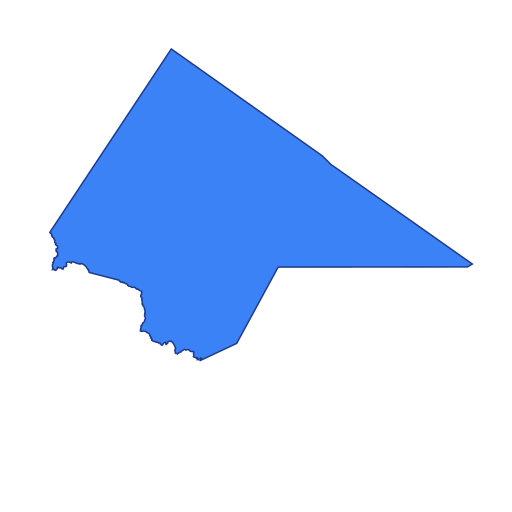 Lago Buenos Aires, Santa Cruz, Argentina, rotated 303°
{"feature_id": "61730980B62951780268980", "entity_name": "Lago Buenos Aires", "entity_type": "district", "adm_level": 2, "iso_a3": "ARG", "parent_name": "Argentina", "parent_adm1": "Santa Cruz", "projection": "albers", "projection_center": [-71.373, -47.161], "detail": "fine", "context": "isolated", "style": "filled", "palette": "blue", "viewbox_px": 512, "rotation_deg": 303, "n_neighbors": 0, "source": "geoboundaries", "source_scale": "gbopen_adm2", "svg_char_len": 5834}
<svg xmlns="http://www.w3.org/2000/svg" viewBox="0 0 512 512"><g transform="rotate(303 256 256)"><path d="M163.5,70.2L163.3,70.4L163.2,70.7L163.2,70.9L163.2,71.4L163.4,71.8L163.4,72.0L163.1,72.4L163.0,72.6L162.9,72.9L162.6,73.0L162.4,73.0L162.2,73.2L162.0,73.3L162.0,73.6L162.0,73.9L161.3,74.2L161.1,74.5L161.1,74.9L161.2,75.3L161.0,75.6L160.9,76.1L161.0,76.6L160.5,76.9L160.4,77.2L160.1,77.6L160.2,77.9L160.0,78.0L159.8,78.4L159.5,78.5L159.3,78.6L159.1,78.9L158.9,79.0L158.7,79.2L158.6,79.3L158.4,79.5L157.8,79.9L157.7,80.2L157.8,81.0L157.7,81.3L157.2,81.3L156.7,81.4L156.4,81.6L156.4,82.1L156.2,82.5L156.1,83.3L156.3,83.7L156.3,84.0L156.2,84.2L155.8,84.6L155.3,84.8L154.4,85.4L154.0,85.4L153.9,85.1L153.6,84.9L153.0,84.5L152.2,84.9L151.9,85.4L151.6,85.5L150.9,86.1L150.9,86.6L151.1,87.1L151.2,87.4L151.0,87.8L150.0,88.3L149.5,88.7L148.7,89.1L148.4,89.5L148.1,89.7L148.0,89.4L147.6,89.1L147.4,89.0L145.4,89.0L145.1,88.9L145.0,88.7L144.8,88.1L144.7,87.9L143.7,87.9L143.4,88.1L143.2,88.5L142.4,88.8L141.6,89.5L140.7,89.2L139.9,89.1L139.7,89.3L139.6,89.6L139.6,89.9L139.0,89.9L138.5,90.1L138.1,90.0L137.8,90.0L136.5,90.8L136.2,91.4L136.1,91.8L135.0,92.1L134.2,92.6L133.8,92.7L134.6,93.4L134.5,93.8L134.7,94.1L134.5,94.5L134.7,95.6L135.6,96.2L135.9,96.3L136.5,96.2L138.0,96.0L138.3,95.8L138.8,95.5L139.1,95.5L139.3,95.3L139.1,95.5L138.8,95.6L138.3,95.8L138.2,96.0L138.4,96.4L138.7,96.8L138.8,97.3L139.8,99.1L139.9,99.6L139.5,100.2L139.8,100.9L139.9,101.1L139.9,101.3L140.9,101.1L141.5,100.8L142.6,100.9L143.2,101.9L144.1,102.6L145.6,101.9L146.2,101.2L146.5,100.7L146.8,100.6L147.6,100.9L149.0,101.9L149.3,103.9L149.5,104.3L149.5,104.8L149.9,104.7L150.1,104.4L150.4,104.6L151.2,105.3L151.3,105.7L151.7,106.5L151.8,106.9L152.2,109.0L152.1,109.4L152.1,109.6L152.2,109.9L152.6,110.4L152.7,111.0L153.1,111.9L153.1,112.3L153.7,112.4L153.6,113.0L154.0,113.1L154.6,113.6L154.6,114.2L154.6,114.3L155.0,115.4L154.9,117.2L154.5,119.4L153.8,120.8L153.3,122.5L153.0,122.5L152.9,122.7L152.8,123.4L152.7,123.4L152.5,123.9L152.2,124.1L151.6,124.6L151.5,124.8L151.4,125.3L161.1,154.3L161.1,154.5L160.7,155.1L160.7,155.6L160.5,156.2L160.4,156.7L160.6,157.2L160.9,157.4L161.3,158.0L161.5,158.1L161.2,158.9L161.2,159.0L161.7,159.3L161.8,159.5L161.6,160.1L161.9,160.5L161.8,161.8L162.0,162.1L162.2,162.9L161.9,163.6L161.9,164.1L161.6,164.4L161.5,164.5L161.4,165.6L161.6,166.0L161.6,166.3L162.0,167.2L162.0,167.4L162.0,167.6L162.3,167.9L162.1,168.6L162.1,169.0L162.5,169.5L162.6,169.9L163.1,170.4L163.3,170.8L163.5,170.9L163.6,171.2L163.6,171.6L163.7,172.2L163.4,172.7L163.3,173.0L163.2,174.0L163.3,174.3L163.8,174.5L163.9,174.9L163.8,176.1L163.7,176.5L163.6,177.1L163.7,177.6L163.9,178.1L164.0,178.8L164.0,179.3L163.4,180.0L162.7,180.0L162.5,180.3L161.9,180.5L161.6,180.8L161.4,180.7L161.1,180.9L160.3,180.8L159.7,181.2L159.4,181.3L159.2,181.7L158.9,181.9L158.9,182.4L158.9,182.6L158.7,183.1L158.5,183.3L158.2,183.4L158.1,183.7L157.2,183.9L157.0,184.2L156.7,184.7L156.6,184.8L156.3,184.8L155.7,185.5L154.6,186.1L154.5,186.5L154.0,186.5L153.4,187.0L153.5,187.7L153.2,187.9L152.6,188.4L152.4,189.3L151.7,190.6L151.1,191.2L150.9,191.2L150.5,191.5L150.2,192.0L150.2,192.4L150.0,192.5L149.0,193.1L148.4,193.8L147.9,193.7L147.5,194.0L147.2,194.0L147.2,194.5L146.3,194.7L146.1,194.9L145.5,194.8L145.2,194.9L144.8,195.7L144.4,196.1L144.3,196.4L143.7,196.9L143.4,197.4L142.8,197.5L141.7,197.5L141.2,197.7L140.7,198.0L140.2,198.1L139.5,197.9L138.5,197.8L138.1,197.5L137.4,197.7L137.2,197.6L136.9,197.8L136.6,198.0L136.1,197.9L135.5,197.6L135.1,197.7L134.6,197.6L134.5,198.1L134.4,198.1L133.8,198.2L133.1,198.8L132.2,198.9L131.6,199.3L131.2,199.2L130.9,199.4L130.6,199.9L130.1,200.1L130.4,200.8L130.6,201.0L130.6,201.3L131.7,202.5L132.6,204.2L132.7,205.1L132.6,205.4L132.3,205.8L132.3,206.1L132.7,207.4L132.6,208.0L132.8,208.7L132.7,208.8L132.2,209.4L132.1,209.8L131.3,210.3L131.2,210.6L131.3,211.0L130.8,211.4L130.7,211.8L130.7,212.1L130.3,212.1L129.9,212.3L130.0,212.7L129.9,213.4L129.8,213.6L129.6,214.0L129.2,214.0L128.6,214.4L128.5,214.6L128.6,215.3L128.5,215.5L128.6,216.0L128.7,216.6L128.8,217.0L129.0,217.4L129.2,218.0L129.3,218.3L129.2,218.7L129.2,218.9L129.3,219.1L129.9,219.5L129.9,220.3L130.0,220.8L129.9,221.6L130.3,221.9L130.7,222.9L130.6,223.1L130.2,223.3L130.1,223.6L130.1,224.4L129.9,224.9L130.0,225.6L130.2,225.9L130.4,226.1L131.6,226.0L132.3,225.9L133.1,226.1L133.8,226.8L134.0,227.2L134.3,227.3L133.7,227.9L133.0,228.4L132.8,228.8L133.5,229.1L134.0,229.0L134.4,229.1L134.7,229.4L136.2,228.9L136.6,229.0L137.2,229.7L137.3,230.0L137.5,230.5L138.2,230.8L138.5,231.2L138.2,232.1L138.1,232.6L137.8,233.3L137.9,233.7L137.9,233.9L137.5,234.5L137.2,235.3L136.7,235.8L136.5,236.4L136.1,237.2L136.0,237.7L135.3,238.0L134.7,239.1L133.2,239.0L132.4,239.5L131.4,240.6L130.8,241.0L130.7,241.4L130.6,241.8L131.0,242.3L131.1,242.7L131.0,243.2L131.0,243.5L132.0,243.7L133.2,244.2L133.3,244.4L133.7,244.5L134.9,245.4L135.3,245.2L135.9,245.5L137.0,245.9L137.2,246.1L137.8,246.3L138.1,246.6L138.6,246.7L138.9,247.3L139.0,248.2L138.9,248.5L139.0,248.7L140.2,249.5L140.3,249.7L140.5,250.4L140.8,250.6L140.9,251.0L140.4,251.9L140.4,252.8L140.8,253.8L140.8,254.4L140.9,254.5L141.1,254.7L141.3,254.7L141.4,254.8L141.5,255.2L141.9,255.7L141.7,256.0L141.3,256.3L139.8,256.9L139.0,257.9L138.5,258.2L138.1,258.3L137.7,258.2L137.6,258.6L137.5,259.1L137.7,259.7L137.7,260.0L137.8,261.3L137.9,261.5L138.4,261.5L138.5,261.7L138.7,261.9L138.7,262.3L138.6,262.5L138.0,262.4L138.0,262.6L137.8,262.8L137.1,263.2L137.6,263.7L137.7,264.1L138.1,264.0L138.5,264.2L139.4,265.0L139.8,265.3L140.5,265.2L140.4,265.7L140.4,266.3L140.0,266.5L140.0,266.8L139.9,266.9L139.7,266.7L139.0,266.5L138.5,266.1L137.9,265.9L137.4,265.8L172.2,287.4L258.8,280.6L313.6,364.9L362.0,439.3L367.1,441.8L373.6,268.7L376.1,257.1L383.5,72.2L163.5,70.2Z" fill="#3b82f6" stroke="#1e3a8a" stroke-width="1.5"/></g></svg>